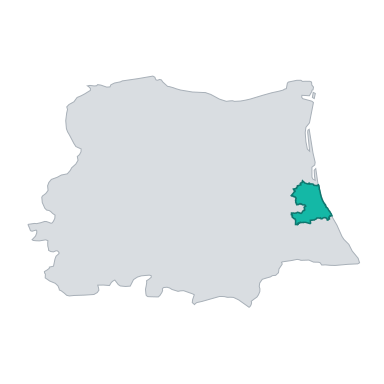 Gbokle, Bas-Sassandra, Ivory Coast shown in context, rotated 268°
{"feature_id": "98640826B37905317988050", "entity_name": "Gbokle", "entity_type": "district", "adm_level": 2, "iso_a3": "CIV", "parent_name": "Ivory Coast", "parent_adm1": "Bas-Sassandra", "projection": "equal_earth", "projection_center": [-6.009, 5.243], "detail": "fine", "context": "in_parent", "style": "filled", "palette": "teal", "viewbox_px": 384, "rotation_deg": 268, "n_neighbors": 0, "source": "geoboundaries", "source_scale": "gbopen_adm2", "svg_char_len": 8814}
<svg xmlns="http://www.w3.org/2000/svg" viewBox="0 0 384 384"><g transform="rotate(268 192 192)"><path d="M98.7,56.0L99.8,55.9L102.8,54.8L105.5,52.2L108.0,46.7L111.3,42.3L115.1,42.6L116.3,41.8L117.6,41.7L119.2,44.6L120.8,46.8L121.9,46.8L122.7,51.0L129.7,52.7L132.6,53.9L135.1,56.9L136.0,57.0L137.1,56.3L137.9,55.3L138.0,54.1L137.0,51.4L137.4,48.9L138.6,46.7L140.4,46.6L143.0,46.0L146.1,46.0L148.4,46.3L149.3,44.1L148.5,38.0L148.7,34.6L149.1,31.7L149.9,30.5L153.4,34.1L156.5,35.4L158.7,35.5L159.4,34.9L158.4,30.9L158.7,29.7L159.5,29.0L161.0,28.6L165.0,27.0L165.4,27.3L166.1,33.6L165.8,35.6L166.6,39.8L167.7,43.7L167.6,45.3L166.7,47.7L165.7,50.0L165.8,50.9L167.4,52.4L170.5,54.0L173.7,54.3L175.4,52.0L177.3,50.2L178.5,48.5L179.0,46.1L181.0,44.3L186.7,42.0L192.0,41.7L193.2,42.4L195.6,45.8L198.6,48.2L203.2,47.9L206.6,49.3L209.5,51.9L211.4,57.8L213.5,62.0L214.5,68.0L217.8,71.1L220.4,72.6L224.0,76.9L227.7,79.2L231.5,78.6L233.3,80.9L236.1,82.5L238.9,82.7L241.4,77.6L244.7,75.6L253.1,71.6L256.4,69.8L259.7,68.7L267.7,68.3L275.2,69.5L278.9,70.5L281.4,69.8L283.8,72.2L286.3,77.2L288.4,78.8L290.5,80.5L292.0,84.5L293.9,88.4L294.9,90.1L297.1,94.0L299.0,94.1L300.9,92.4L301.7,91.2L302.1,93.7L301.4,97.9L301.5,100.4L302.6,101.4L302.0,104.7L299.8,110.4L299.9,113.7L302.0,114.7L303.6,118.3L304.6,124.3L305.5,126.3L305.6,127.6L307.2,142.2L309.2,156.9L308.0,158.9L306.3,159.4L305.2,160.1L304.9,161.5L305.6,163.5L305.1,165.3L303.0,166.6L298.4,171.3L298.1,173.1L296.8,177.1L295.8,179.5L294.3,184.1L291.9,196.0L291.1,205.9L290.9,208.9L290.0,211.1L288.9,214.1L283.9,222.6L281.4,229.5L281.7,232.5L281.8,235.6L281.1,237.7L281.2,243.6L281.9,248.5L282.8,253.3L286.4,266.9L288.4,275.2L289.6,281.9L290.6,286.4L291.6,288.2L292.0,289.9L297.4,291.1L298.5,292.1L300.0,300.8L299.8,304.8L298.7,306.2L298.7,309.6L298.5,313.7L297.7,315.3L294.7,315.5L292.6,317.1L289.9,316.5L289.6,315.5L288.1,315.1L284.1,312.7L284.8,305.2L282.9,304.9L281.4,305.9L278.6,314.9L277.2,316.5L257.0,311.8L252.7,308.1L247.4,307.2L238.3,307.6L230.8,308.8L228.6,311.0L247.6,309.7L249.7,310.0L250.6,311.3L226.6,314.3L217.4,316.1L214.7,315.6L212.6,312.7L202.6,312.4L200.6,313.3L199.4,315.5L203.3,315.0L209.5,314.9L211.1,316.5L191.8,318.6L178.3,322.7L172.6,325.7L153.8,335.7L142.4,340.3L139.4,342.1L134.2,346.9L127.5,350.0L120.0,355.7L115.4,357.0L114.4,355.1L114.3,345.5L113.6,332.5L113.9,327.6L114.5,322.9L114.5,319.1L116.8,317.6L117.4,316.0L117.7,311.0L119.9,306.4L119.9,298.5L120.6,296.8L121.0,294.7L120.1,289.5L119.0,279.6L118.4,279.0L117.9,279.4L116.7,279.6L112.0,276.2L108.3,275.6L105.8,272.7L105.6,269.4L104.4,267.4L103.5,263.6L102.3,259.2L98.7,256.5L95.3,255.9L92.9,256.5L90.1,256.3L86.9,254.8L84.7,253.2L82.6,250.0L80.7,247.4L79.1,247.7L77.2,247.1L75.4,245.9L74.8,245.0L82.6,234.8L85.2,229.8L85.5,226.8L85.5,223.7L86.4,220.5L86.6,215.7L82.3,198.2L81.3,192.8L80.1,191.2L79.4,190.6L81.5,188.4L84.5,188.9L89.2,190.7L90.2,189.0L93.7,180.1L93.6,176.9L93.2,174.6L95.3,168.6L96.9,166.2L97.7,163.7L97.5,160.2L96.3,159.0L94.6,159.2L92.7,158.4L89.8,156.4L88.3,154.6L88.8,146.6L89.0,144.2L90.1,142.7L91.7,142.4L96.3,142.1L100.0,143.0L103.2,143.6L104.9,143.5L106.3,145.9L108.2,148.3L109.8,148.3L110.4,146.5L110.0,138.6L108.9,134.5L106.5,130.5L100.1,127.0L99.9,122.3L100.6,117.1L102.0,115.1L106.7,111.8L105.9,110.1L104.4,108.2L101.4,106.3L102.1,100.1L102.2,94.5L99.7,95.2L97.1,95.5L94.8,93.8L93.0,90.4L92.7,81.2L92.7,70.5L92.4,65.8L93.1,63.2L95.3,60.9L97.8,57.9L98.7,56.0ZM287.3,316.6L286.2,318.7L281.1,317.4L282.3,315.6L287.3,316.6Z" fill="#d9dde1" stroke="#a8b0b8" stroke-width="1"/><path d="M175.8,296.2L175.9,296.3L175.8,296.5L176.0,297.0L175.8,297.4L175.6,297.5L175.8,297.9L176.0,298.3L176.2,298.6L176.2,299.1L176.6,299.4L176.6,299.5L176.6,299.8L176.4,300.0L176.4,300.6L176.0,300.6L176.0,300.8L175.9,301.2L175.8,301.6L175.5,301.7L175.3,302.0L175.4,302.3L175.3,302.5L175.2,303.1L175.2,303.3L175.4,303.6L175.2,303.8L175.0,304.2L174.9,304.4L174.7,304.9L174.4,304.9L174.0,305.1L173.9,304.9L173.7,305.0L173.4,304.3L173.2,303.9L172.8,303.5L171.9,304.0L171.4,303.7L170.2,303.6L170.2,304.0L169.7,303.9L169.6,303.7L169.4,302.8L169.1,302.1L168.9,302.0L168.8,301.9L168.6,301.8L168.2,301.5L168.0,301.4L167.8,301.4L167.6,301.3L167.5,301.2L167.2,300.8L166.8,300.4L166.8,300.0L166.9,299.9L167.0,299.2L167.4,299.0L167.4,298.8L167.4,298.4L167.7,298.1L167.6,297.9L167.8,297.6L167.9,297.3L168.0,297.1L168.1,296.9L167.9,296.5L167.9,296.3L167.7,296.1L167.3,295.7L167.3,295.3L167.4,295.0L167.3,294.7L167.3,294.3L167.2,293.8L167.2,293.3L167.4,292.9L167.4,292.6L167.5,292.4L167.4,292.2L167.3,291.8L167.2,291.6L167.3,291.4L167.4,291.5L167.5,291.4L167.6,290.9L167.5,290.7L167.3,290.8L167.1,290.7L166.9,290.4L166.8,290.2L166.8,290.5L166.7,290.6L166.6,290.8L166.5,290.7L166.4,291.0L166.2,291.1L165.8,290.9L165.8,291.1L165.7,291.1L165.7,291.3L165.2,291.5L165.0,291.4L164.8,291.5L164.6,291.3L164.4,291.2L164.2,291.4L163.8,291.3L163.6,291.3L163.4,291.3L163.2,291.4L163.2,291.6L162.7,292.0L162.7,292.3L162.4,292.6L161.9,292.8L161.7,293.5L161.7,293.9L161.2,294.1L160.9,294.1L160.7,294.1L160.4,294.3L160.3,294.6L155.9,294.3L155.9,294.5L155.8,294.8L156.1,295.1L155.9,295.6L155.6,296.1L155.6,296.3L155.8,296.4L155.9,296.6L155.9,296.8L156.0,297.0L156.3,297.0L156.6,296.9L156.8,296.9L157.0,296.7L157.2,296.9L157.4,297.3L157.5,297.5L157.4,297.9L157.1,298.2L157.2,298.6L157.3,298.7L157.6,299.1L158.0,299.1L158.0,299.3L157.7,299.5L157.6,300.1L157.7,300.9L157.7,301.2L157.7,301.5L157.5,302.0L157.6,302.3L157.8,302.3L157.7,304.6L156.3,308.9L156.8,309.5L157.8,309.3L159.6,309.3L159.6,310.8L159.8,311.0L159.7,311.3L159.7,311.5L159.7,311.9L159.9,312.5L159.8,312.8L159.7,313.0L159.8,313.4L160.0,313.5L160.3,313.9L160.3,314.3L160.5,314.9L160.7,315.0L161.2,315.6L161.5,315.7L161.7,316.7L161.7,316.8L161.6,317.2L161.6,317.9L161.4,318.7L161.5,319.2L161.7,319.5L161.3,319.8L160.9,320.1L160.7,320.1L160.7,320.3L160.8,320.6L160.7,320.7L160.7,320.8L160.8,320.9L160.8,321.3L161.4,321.9L161.6,322.3L161.7,322.7L161.8,323.0L161.7,323.1L161.7,323.4L161.7,323.6L161.8,323.9L161.8,324.1L161.6,324.8L161.3,325.1L161.3,325.3L161.2,325.4L161.1,325.5L160.8,325.4L160.5,325.9L160.3,325.9L160.2,326.0L160.0,326.3L159.7,326.2L159.5,326.3L159.3,326.2L159.2,326.4L159.2,326.7L159.4,327.2L159.7,327.2L159.9,327.4L160.2,328.0L160.2,328.4L160.3,328.4L160.5,328.3L160.8,328.4L161.1,328.3L161.3,327.9L161.5,327.8L161.8,328.1L161.9,327.9L162.0,327.9L162.3,328.1L162.7,328.5L162.8,328.6L162.9,329.3L163.1,329.6L163.5,329.4L163.5,329.5L163.5,329.8L163.4,329.9L163.4,330.2L163.5,330.6L163.4,330.8L163.4,331.1L164.3,330.7L165.7,330.2L165.8,330.0L166.3,329.6L166.6,329.5L166.9,329.5L167.4,329.2L167.9,328.9L168.0,328.6L168.4,328.5L168.7,328.2L169.9,327.5L170.3,327.4L171.1,326.9L171.4,326.5L171.7,326.4L172.2,325.4L172.7,325.5L173.2,325.2L173.8,325.2L174.4,324.9L174.4,324.7L174.7,324.8L174.8,324.6L175.1,324.3L175.8,324.1L175.8,323.9L176.2,323.5L176.8,323.3L177.0,323.1L177.5,323.0L177.7,322.9L178.1,322.6L178.6,322.3L179.7,322.0L180.2,321.7L182.4,321.0L184.8,320.5L185.0,320.4L186.7,320.2L188.1,319.9L188.6,319.9L189.8,319.6L190.1,319.3L190.3,319.4L190.6,319.4L190.9,319.3L192.3,319.3L192.6,319.3L192.9,319.1L193.9,319.1L194.5,318.7L194.8,318.6L194.7,318.4L194.5,318.0L194.3,317.9L194.3,317.7L194.2,317.7L194.0,317.4L194.0,317.2L193.9,317.1L194.0,316.9L194.0,316.6L194.2,316.3L194.2,316.2L194.2,315.9L194.3,314.3L194.5,313.9L195.2,313.8L195.7,313.1L195.7,312.8L195.8,312.6L195.8,312.3L195.9,312.1L195.9,311.7L195.9,311.0L195.7,310.2L195.8,309.8L195.8,309.7L196.3,309.7L196.6,309.8L196.8,309.5L196.7,309.3L196.6,308.9L196.2,308.8L196.0,308.6L196.1,308.0L196.0,307.8L196.6,306.4L197.1,304.9L197.5,304.7L198.0,304.3L198.1,304.1L198.2,303.9L198.4,303.8L198.4,303.6L198.7,303.3L198.8,303.0L199.0,302.9L199.2,303.0L199.4,302.8L199.1,302.7L199.0,302.8L198.8,302.6L198.6,302.6L198.4,302.5L197.9,302.6L197.7,302.5L197.5,302.3L197.4,302.0L197.4,301.7L197.3,301.4L197.2,300.9L197.0,300.7L196.8,300.7L196.6,300.5L195.7,300.9L195.5,300.7L195.3,300.9L195.2,300.6L195.2,300.1L195.0,299.6L194.9,298.9L194.7,298.5L194.7,298.3L194.6,297.8L194.3,298.0L194.2,297.9L193.8,297.8L193.4,297.1L192.9,297.0L192.6,296.5L192.2,296.5L191.9,296.6L191.9,296.2L191.6,295.0L191.6,294.4L191.5,293.8L191.4,293.4L190.9,293.7L190.7,293.7L190.4,293.9L190.1,294.4L189.9,294.4L189.9,294.7L189.8,294.8L189.6,295.0L189.1,295.1L188.9,294.9L189.1,294.5L188.8,294.2L188.2,294.0L184.9,291.0L184.7,291.2L184.5,291.6L184.6,291.8L184.6,292.2L184.7,292.5L184.4,292.5L184.0,292.9L184.0,293.2L183.8,293.4L183.9,294.0L183.7,294.3L183.7,294.5L183.4,294.7L183.3,295.1L183.0,295.4L182.8,295.5L182.7,295.4L182.6,295.6L182.0,295.6L181.9,295.8L181.4,295.6L180.7,295.4L180.3,295.2L180.2,295.3L179.9,295.5L179.6,295.3L179.2,295.4L178.7,295.3L178.3,295.2L178.1,295.3L178.0,295.5L177.6,295.7L177.4,295.9L177.2,295.9L177.1,295.7L176.8,295.7L175.8,296.2Z" fill="#14b8a6" stroke="#0f766e" stroke-width="1.5"/></g></svg>